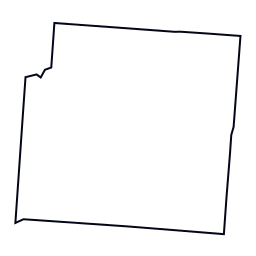 outline of Cleburne, Arkansas, United States of America, rotated 183°
{"feature_id": "52423323B35410834026832", "entity_name": "Cleburne", "entity_type": "district", "adm_level": 2, "iso_a3": "USA", "parent_name": "United States of America", "parent_adm1": "Arkansas", "projection": "albers", "projection_center": [-92.012, 35.535], "detail": "fine", "context": "isolated", "style": "outline", "palette": "ink", "viewbox_px": 256, "rotation_deg": 183, "n_neighbors": 0, "source": "geoboundaries", "source_scale": "gbopen_adm2", "svg_char_len": 402}
<svg xmlns="http://www.w3.org/2000/svg" viewBox="0 0 256 256"><g transform="rotate(183 128 128)"><path d="M86.3,226.5L207.0,229.0L207.8,184.4L214.0,181.8L217.8,173.9L222.1,176.7L233.0,173.4L233.8,128.6L235.5,27.3L227.6,31.4L213.6,31.2L123.3,29.7L26.7,27.0L26.0,64.4L24.8,108.2L24.5,126.4L22.6,134.6L20.5,225.8L53.4,226.5L80.9,226.9L86.3,226.5Z" fill="none" stroke="#020617" stroke-width="2"/></g></svg>